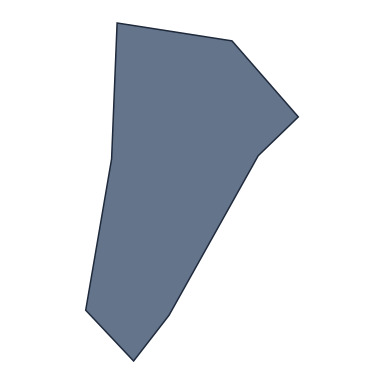 Winchester, Virginia, United States of America (Albers equal-area conic projection)
{"feature_id": "52423323B17737032882044", "entity_name": "Winchester", "entity_type": "district", "adm_level": 2, "iso_a3": "USA", "parent_name": "United States of America", "parent_adm1": "Virginia", "projection": "albers", "projection_center": [-78.173, 39.168], "detail": "fine", "context": "isolated", "style": "filled", "palette": "slate", "viewbox_px": 384, "rotation_deg": 0, "n_neighbors": 0, "source": "geoboundaries", "source_scale": "gbopen_adm2", "svg_char_len": 237}
<svg xmlns="http://www.w3.org/2000/svg" viewBox="0 0 384 384"><path d="M111.6,158.9L85.7,310.2L133.6,361.0L169.0,315.3L258.2,155.7L298.3,116.9L232.0,40.9L117.1,23.0L111.6,158.9Z" fill="#64748b" stroke="#1e293b" stroke-width="1.5"/></svg>